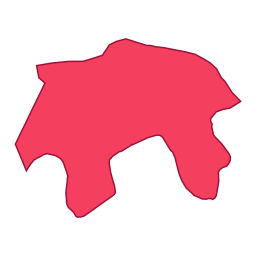 Wuli East, Upper River, Gambia (Albers equal-area conic projection)
{"feature_id": "56634734B89687119950058", "entity_name": "Wuli East", "entity_type": "district", "adm_level": 2, "iso_a3": "GMB", "parent_name": "Gambia", "parent_adm1": "Upper River", "projection": "albers", "projection_center": [-13.986, 13.484], "detail": "fine", "context": "isolated", "style": "filled", "palette": "rose", "viewbox_px": 256, "rotation_deg": 0, "n_neighbors": 0, "source": "geoboundaries", "source_scale": "gbopen_adm2", "svg_char_len": 2310}
<svg xmlns="http://www.w3.org/2000/svg" viewBox="0 0 256 256"><path d="M26.5,170.6L27.6,168.7L29.0,166.5L29.9,165.3L31.2,163.2L31.7,162.9L33.6,160.3L37.4,157.9L41.3,156.1L42.9,154.9L44.2,154.4L46.8,153.7L48.7,154.0L53.1,155.0L53.7,155.1L54.9,155.4L56.4,156.0L57.5,156.7L57.8,156.9L59.8,158.1L61.3,159.5L61.9,160.4L62.9,161.7L63.9,164.0L64.9,167.1L65.9,169.6L67.8,176.0L67.4,178.6L67.2,181.7L67.1,182.9L66.5,186.9L66.2,189.7L66.0,192.5L66.0,193.2L66.0,194.2L66.3,196.9L66.5,200.0L66.5,202.4L67.0,204.3L67.5,205.7L68.7,207.9L69.2,208.1L72.4,211.2L74.1,212.9L75.6,215.8L76.1,216.4L77.3,217.1L81.1,216.9L83.5,216.2L85.7,214.9L112.3,196.0L114.2,194.5L115.4,192.6L115.2,190.9L114.7,187.1L114.0,184.4L113.9,183.8L112.8,180.3L112.5,179.2L110.7,172.7L109.2,163.0L109.5,159.4L110.9,158.4L112.4,156.4L119.1,151.8L121.7,151.1L131.8,144.8L131.9,144.5L132.2,144.9L148.0,137.6L156.4,135.2L158.8,135.2L159.8,135.4L160.4,135.5L162.7,137.4L164.6,140.5L165.7,142.3L166.8,144.1L170.5,150.2L172.6,152.1L175.1,157.7L175.7,160.3L175.8,160.7L177.6,168.0L179.0,173.2L179.3,174.2L180.2,176.6L181.8,180.6L183.5,183.4L186.2,188.0L191.5,192.8L194.4,195.7L195.1,195.7L202.0,198.9L206.3,199.2L208.4,198.5L211.3,198.7L212.6,199.4L214.7,198.2L216.2,195.8L216.7,193.4L218.7,181.6L218.4,171.9L218.7,171.5L219.8,169.8L222.5,167.6L226.8,166.1L228.7,163.5L230.1,161.0L230.4,157.9L230.4,156.9L228.9,153.6L223.6,146.4L221.8,143.9L218.3,140.3L215.4,137.3L215.2,137.1L213.3,134.5L213.1,133.1L213.0,132.6L211.7,126.8L212.1,124.6L212.0,124.1L211.7,123.1L210.7,121.5L210.7,118.6L211.3,117.9L215.9,112.3L216.2,111.9L223.0,109.4L230.2,108.0L240.6,101.4L232.0,92.4L224.6,81.0L221.4,77.9L221.3,77.7L216.5,68.8L210.8,63.5L209.8,62.7L207.5,61.3L207.2,61.1L203.6,58.9L202.7,58.4L195.0,54.3L186.9,52.2L180.1,50.8L179.2,50.7L164.0,47.7L156.8,46.9L156.1,46.8L150.8,45.6L150.1,45.5L149.4,45.5L146.6,45.4L134.3,41.6L133.3,41.3L132.9,41.1L125.8,38.9L116.1,41.5L109.4,44.9L102.3,55.4L101.9,55.5L101.5,55.6L93.5,58.2L83.3,61.3L68.9,61.4L68.7,61.4L68.1,61.4L65.0,61.8L60.5,62.2L54.5,62.8L50.2,63.3L36.9,65.6L36.6,65.6L38.8,77.3L38.9,77.8L45.1,83.2L44.4,84.0L42.5,88.3L33.2,107.3L24.4,125.6L22.1,130.2L21.6,131.3L21.0,132.5L20.4,133.7L15.4,144.1L15.4,144.3L17.1,148.3L19.1,153.2L19.2,153.3L26.4,170.8L26.5,170.6Z" fill="#f43f5e" stroke="#9f1239" stroke-width="1.5"/></svg>